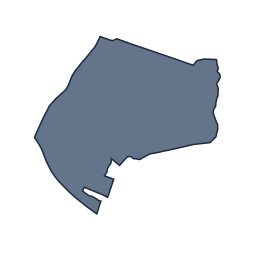 Smardan, Tulcea, Romania (Mercator projection), rotated 17°
{"feature_id": "2599482B36472958549057", "entity_name": "Smardan", "entity_type": "district", "adm_level": 2, "iso_a3": "ROU", "parent_name": "Romania", "parent_adm1": "Tulcea", "projection": "mercator", "projection_center": [28.085, 45.31], "detail": "fine", "context": "isolated", "style": "filled", "palette": "slate", "viewbox_px": 256, "rotation_deg": 17, "n_neighbors": 0, "source": "geoboundaries", "source_scale": "gbopen_adm2", "svg_char_len": 5118}
<svg xmlns="http://www.w3.org/2000/svg" viewBox="0 0 256 256"><g transform="rotate(17 128 128)"><path d="M123.3,219.3L123.3,215.9L123.3,213.1L123.3,211.3L123.2,210.4L123.3,210.0L123.3,209.3L123.5,205.9L123.0,206.0L122.9,206.0L122.6,206.0L122.3,206.0L121.9,206.0L121.6,206.0L121.3,206.0L121.2,205.9L120.9,205.8L120.6,205.7L120.3,205.7L120.1,205.6L119.9,205.5L119.7,205.5L119.7,205.4L118.7,205.1L117.2,204.7L115.5,204.3L114.6,204.2L114.3,204.1L113.8,204.0L113.2,203.9L112.6,203.8L112.3,203.9L111.6,204.1L111.3,204.2L111.1,204.2L110.9,204.2L110.7,204.2L110.4,204.1L109.3,203.8L107.6,203.2L107.1,203.1L104.2,202.0L103.0,201.6L103.3,197.9L103.7,197.5L103.9,197.3L105.5,197.7L107.1,197.7L110.2,198.1L112.7,198.3L114.8,198.5L117.7,198.8L118.3,198.8L121.4,199.1L123.2,199.3L124.6,199.5L126.1,199.8L126.8,199.9L128.0,200.2L128.7,200.3L128.7,200.2L128.9,197.0L129.0,193.5L129.1,189.4L129.2,186.3L129.4,181.1L129.2,181.1L128.0,181.0L125.0,180.9L124.0,180.9L123.0,180.8L120.6,180.7L119.7,180.7L119.3,180.5L119.3,180.3L119.5,180.0L119.7,179.7L119.9,179.1L120.3,177.9L120.6,176.9L120.7,176.5L120.6,175.9L120.4,174.5L120.3,173.6L120.3,172.7L120.5,171.2L120.6,170.8L121.2,169.2L121.4,168.7L121.5,168.1L121.8,167.3L121.8,167.0L121.9,166.7L121.9,166.4L121.9,166.0L121.9,165.8L121.8,165.5L121.7,164.8L121.6,164.2L121.3,162.9L121.2,162.4L121.1,162.2L128.2,165.2L130.9,166.3L131.9,164.0L132.9,161.8L133.4,160.6L133.9,159.5L134.6,158.0L134.9,157.4L136.4,155.2L137.0,155.2L137.7,154.9L137.9,154.8L138.5,154.8L139.7,154.7L140.3,154.6L140.7,154.8L141.0,155.0L141.6,155.5L142.3,155.6L142.6,155.6L142.9,155.7L143.4,155.5L144.0,155.3L144.5,155.0L145.0,155.1L145.5,154.9L145.9,154.9L147.0,155.0L147.2,154.9L147.6,154.9L148.0,154.9L148.4,154.7L149.0,154.2L149.1,153.7L149.3,153.6L149.7,153.5L149.8,153.2L150.1,152.8L151.5,151.4L153.2,149.7L154.8,148.1L155.3,147.6L156.0,147.0L156.4,146.6L157.0,146.2L158.8,145.1L159.6,144.8L159.9,144.7L160.6,144.3L163.7,142.7L164.4,142.3L165.4,141.7L166.5,141.1L167.5,140.5L168.1,140.1L169.2,139.5L170.2,138.9L171.1,138.5L173.2,137.4L174.8,136.4L177.1,135.2L192.0,126.6L195.4,124.6L201.0,122.2L210.9,117.9L211.0,117.6L212.0,115.7L212.3,115.1L212.6,114.6L213.1,113.7L213.7,112.5L213.7,112.0L214.2,111.8L214.3,111.6L214.6,110.4L214.7,110.0L214.6,109.1L214.5,108.6L214.3,108.1L214.2,106.8L214.4,105.3L214.1,102.8L213.9,102.0L213.8,101.7L213.3,100.3L213.2,100.2L212.8,98.6L212.5,98.2L211.8,97.6L211.5,97.3L211.0,96.7L210.7,96.3L210.2,95.6L209.8,95.2L209.4,94.7L209.1,94.2L208.6,93.6L208.1,92.8L207.7,92.5L207.4,92.1L207.2,91.6L206.8,91.0L206.5,90.6L206.3,90.2L206.0,89.9L205.1,88.9L205.0,88.6L204.8,87.5L204.8,87.1L204.7,86.6L204.5,85.7L204.5,85.3L204.6,84.9L204.8,84.4L205.0,83.4L205.3,82.2L205.4,81.5L205.3,80.5L205.1,79.9L204.9,79.5L204.8,78.6L204.6,77.8L204.5,77.4L204.6,76.7L204.4,75.6L204.4,75.0L204.4,74.6L204.3,73.7L204.2,73.2L204.3,72.7L204.5,72.4L204.6,71.6L204.6,71.0L204.5,70.5L204.4,70.2L204.2,69.6L203.8,68.7L203.8,68.1L203.7,67.0L203.6,66.7L203.3,65.8L203.0,64.9L202.9,64.5L202.5,63.4L201.9,62.6L201.4,62.0L201.2,61.7L200.9,61.3L200.6,61.1L200.1,60.6L200.0,60.3L199.9,59.9L199.9,59.7L199.9,59.3L200.0,59.0L200.0,58.7L200.3,58.0L200.4,57.4L200.5,57.0L200.7,56.4L200.9,55.7L201.0,54.8L201.0,54.4L201.0,53.7L201.1,53.2L201.1,52.8L201.2,52.6L201.3,52.3L201.2,51.9L201.0,51.5L200.7,51.0L200.6,50.5L200.3,50.1L199.7,49.6L198.7,48.9L198.0,48.5L197.5,48.3L196.8,48.0L196.7,47.6L196.7,47.3L196.7,47.0L197.0,46.1L197.0,45.6L197.0,45.4L196.8,44.5L196.6,44.0L196.4,43.7L196.1,43.4L195.9,43.0L195.1,41.7L194.4,40.7L194.1,40.1L192.9,37.3L192.7,36.8L192.4,36.7L191.9,36.8L188.5,37.7L184.3,38.8L180.6,39.8L180.3,40.0L179.9,40.2L179.5,40.5L176.3,42.2L174.4,43.3L174.2,43.5L173.2,46.0L172.4,47.7L171.9,48.6L171.9,48.9L171.4,48.8L170.9,48.9L168.5,48.8L163.6,48.7L159.7,48.5L157.6,48.4L155.7,48.3L153.1,48.2L149.8,48.1L147.1,48.0L137.5,47.7L135.5,47.7L135.0,47.6L134.8,47.6L133.2,47.6L132.5,47.5L128.1,47.4L126.7,47.3L126.1,47.3L124.8,47.3L124.0,47.2L121.7,47.2L120.6,47.1L117.5,47.1L117.0,47.0L114.6,47.0L113.3,46.9L111.3,46.9L109.2,46.8L108.1,46.7L107.6,46.7L105.5,46.7L103.6,46.6L102.7,46.6L102.3,46.5L102.3,46.4L102.0,46.5L99.7,46.4L98.6,46.3L94.6,46.2L94.4,46.2L93.9,46.0L93.7,46.0L93.0,46.0L91.2,46.0L90.2,46.8L88.7,48.2L88.0,48.9L87.6,48.9L84.8,49.2L83.8,49.1L74.6,48.7L74.4,50.1L74.2,51.6L74.0,53.3L73.3,56.7L73.0,58.3L72.7,59.8L68.1,71.2L67.0,73.9L64.7,78.8L62.6,84.2L62.3,84.9L60.9,88.4L60.7,89.0L60.4,90.1L60.1,91.4L59.3,94.6L58.7,100.7L58.6,102.9L58.3,105.6L57.4,108.7L56.6,110.8L55.6,112.4L53.5,115.9L52.3,117.9L51.5,119.2L50.6,120.8L49.5,123.1L48.8,124.5L48.2,125.8L48.0,126.4L47.7,127.0L46.2,130.4L45.3,135.9L44.8,138.3L44.3,141.2L43.7,145.4L42.6,153.4L42.5,154.3L41.3,164.4L41.4,164.5L42.3,165.2L45.2,167.6L47.1,169.2L50.2,172.1L51.6,173.6L52.3,174.5L54.4,177.0L56.9,180.3L60.3,184.6L60.5,184.7L63.9,188.2L64.4,188.8L65.0,189.4L66.8,191.3L67.0,191.5L67.4,191.8L68.8,193.0L72.1,195.6L72.7,196.1L75.2,197.8L78.2,199.7L81.0,201.3L89.8,206.0L91.1,206.7L98.6,210.1L99.0,210.3L109.4,214.4L111.6,215.3L114.2,216.2L119.2,217.9L122.6,219.1L123.3,219.3Z" fill="#64748b" stroke="#1e293b" stroke-width="1.5"/></g></svg>